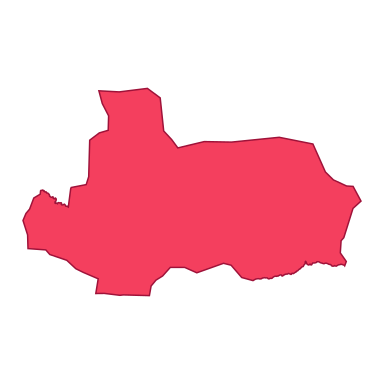 the district of Mandal, Selenge, Mongolia
{"feature_id": "93677404B74033139803686", "entity_name": "Mandal", "entity_type": "district", "adm_level": 2, "iso_a3": "MNG", "parent_name": "Mongolia", "parent_adm1": "Selenge", "projection": "albers", "projection_center": [107.085, 48.868], "detail": "fine", "context": "isolated", "style": "filled", "palette": "rose", "viewbox_px": 384, "rotation_deg": 0, "n_neighbors": 0, "source": "geoboundaries", "source_scale": "gbopen_adm2", "svg_char_len": 5513}
<svg xmlns="http://www.w3.org/2000/svg" viewBox="0 0 384 384"><path d="M253.0,280.6L254.2,279.9L254.9,279.5L255.4,279.2L255.8,279.1L256.2,279.0L256.9,278.8L257.4,278.8L257.9,278.7L258.3,278.7L258.6,278.7L258.9,278.7L259.4,278.9L259.7,278.9L260.1,278.9L260.5,278.9L260.8,278.8L261.4,278.7L261.6,278.7L261.9,278.4L262.2,278.2L262.9,277.9L263.3,277.9L263.6,277.9L263.9,277.8L264.2,277.7L264.4,277.7L264.7,277.7L264.9,277.7L265.4,277.9L265.7,277.9L265.9,277.9L266.6,277.8L267.2,277.9L267.5,278.0L267.8,278.4L268.0,278.6L268.5,278.8L269.0,278.9L269.5,278.7L269.8,278.5L270.3,278.4L270.6,278.3L270.8,278.3L271.1,278.4L271.5,278.4L271.9,278.3L272.2,278.1L272.4,277.9L273.0,277.3L273.3,277.1L273.7,276.8L274.3,276.5L274.9,276.3L275.2,276.2L275.6,276.2L275.8,276.2L276.1,276.3L276.4,276.3L276.7,276.3L277.0,276.1L277.4,276.1L277.5,276.1L277.8,276.1L278.1,276.1L278.5,275.7L279.0,275.5L279.4,275.4L279.6,275.3L279.8,275.1L280.2,274.9L280.4,274.9L280.7,274.9L281.1,274.9L281.3,275.0L281.6,275.4L281.7,275.6L281.8,275.8L282.0,276.0L282.4,276.0L282.6,276.0L282.8,275.9L283.1,275.5L283.2,275.3L283.4,275.3L283.6,275.1L283.8,275.1L284.1,275.0L284.2,274.9L284.4,274.8L284.5,274.6L284.9,274.5L285.1,274.4L285.3,274.4L285.6,274.2L286.0,274.1L286.5,274.1L287.3,274.1L287.7,273.9L287.9,273.7L288.2,273.6L288.4,273.5L288.5,273.5L288.8,273.5L289.2,273.7L289.6,273.9L290.1,273.9L290.3,274.0L290.6,274.2L290.8,274.4L291.1,274.4L291.3,274.3L291.5,274.1L291.7,273.8L291.8,273.5L291.9,273.4L292.1,273.3L292.4,273.3L293.0,273.5L293.3,273.6L293.5,273.5L293.7,273.4L293.9,273.3L294.1,273.1L294.4,272.9L294.6,272.8L295.1,272.4L295.6,272.2L295.8,272.2L295.9,271.8L296.1,271.6L296.5,271.5L296.6,271.4L296.7,271.2L296.9,271.0L297.1,271.0L297.4,270.9L297.6,270.8L297.8,270.7L298.0,270.5L298.3,270.1L298.5,269.9L298.7,269.7L299.4,269.1L299.7,269.1L300.1,268.7L300.4,268.6L300.5,268.4L300.9,268.0L301.0,267.8L301.4,267.5L301.9,267.0L302.2,266.8L302.5,266.7L302.9,266.6L303.2,266.5L303.4,266.2L303.6,265.6L303.8,265.2L304.1,264.9L304.7,264.2L305.0,263.8L305.2,263.5L305.3,263.1L305.2,262.5L305.2,262.1L305.3,261.7L305.6,261.4L306.1,261.9L306.3,262.4L306.5,263.0L306.7,263.6L306.9,263.9L307.3,264.4L307.7,264.6L308.1,264.8L308.5,264.9L308.8,265.0L309.2,264.8L309.5,264.5L309.7,264.3L309.8,264.2L310.0,264.1L310.3,264.3L310.5,264.7L310.7,264.8L311.0,264.9L311.3,264.9L311.6,264.8L311.8,264.6L312.0,264.2L312.1,263.8L312.2,263.7L312.6,263.1L312.8,263.1L313.5,263.0L314.2,263.0L314.8,262.9L315.4,262.8L315.8,262.7L316.3,262.5L316.5,262.3L316.8,261.8L317.3,261.7L317.6,261.7L317.7,261.8L317.9,261.8L318.3,261.7L319.1,261.9L319.4,262.0L319.7,262.2L320.1,262.6L320.7,262.8L321.4,263.0L322.2,263.2L322.7,263.4L323.2,263.6L324.1,263.7L324.7,263.4L325.2,263.2L325.8,263.2L326.3,263.2L326.7,263.3L327.2,263.5L327.7,263.7L328.1,263.9L328.9,264.3L329.2,264.4L330.2,264.5L330.4,264.5L330.7,264.6L330.9,264.8L331.1,265.1L331.4,265.6L331.7,265.8L332.0,266.0L332.4,266.1L332.9,266.2L333.4,266.1L333.7,266.1L334.4,265.9L334.6,265.7L334.7,265.8L334.8,265.8L335.1,265.9L335.6,266.0L336.0,266.1L336.4,266.1L336.7,265.9L337.0,265.7L337.3,265.5L338.0,265.1L338.7,264.7L339.6,264.7L340.0,264.6L340.4,264.5L340.6,264.3L341.2,264.3L341.3,264.4L341.5,264.4L342.0,264.4L343.2,264.9L343.5,265.0L344.1,265.2L344.5,265.5L344.7,265.8L346.3,261.5L340.3,252.9L341.1,240.7L343.8,237.7L353.0,208.4L361.0,201.1L353.1,186.4L346.6,186.0L333.4,179.9L325.4,172.0L312.9,144.0L279.2,137.3L231.5,142.1L204.2,141.6L177.8,147.9L171.7,139.6L163.7,131.0L160.2,97.9L147.4,88.4L119.2,91.9L98.9,90.8L102.3,103.6L108.6,115.8L108.2,130.3L99.3,132.9L89.7,140.2L88.7,176.7L86.2,184.6L71.2,187.5L70.7,188.7L68.3,207.1L68.1,207.0L68.0,206.9L68.0,206.7L67.9,206.6L67.7,206.3L67.5,206.2L67.2,206.2L67.1,206.3L66.7,206.3L66.3,206.3L65.8,206.2L65.6,206.0L65.6,205.8L65.4,205.2L65.2,205.0L64.7,204.5L64.5,204.2L64.3,204.2L64.2,204.2L64.0,204.3L63.2,204.8L62.6,204.9L62.0,204.9L61.7,204.8L61.5,204.6L61.3,204.4L61.4,204.2L61.6,203.9L61.6,203.7L61.6,203.4L61.4,203.0L61.2,202.8L61.0,202.7L60.5,202.8L60.0,203.0L59.6,202.9L58.9,202.6L58.4,202.6L58.0,202.8L57.8,203.0L57.7,203.2L57.6,203.7L57.4,203.8L57.3,203.7L56.8,203.2L56.4,203.0L56.2,203.0L55.9,203.2L55.7,203.4L55.3,203.3L55.4,203.1L55.4,202.7L55.2,202.5L55.0,202.3L55.0,202.0L55.1,201.8L55.8,201.2L56.2,199.9L56.2,199.1L56.0,198.6L55.7,198.3L55.6,198.2L55.4,198.1L55.2,198.0L54.9,198.3L54.8,198.5L54.8,198.8L54.6,198.8L54.3,198.7L53.5,198.5L53.3,198.3L53.2,198.1L53.2,197.8L53.2,197.4L53.1,197.1L53.0,196.9L52.9,196.8L52.7,196.8L52.4,197.0L52.1,197.1L51.7,197.3L51.3,197.3L51.1,197.2L50.9,197.1L50.6,196.9L49.8,196.4L49.6,196.2L49.6,195.8L49.7,195.7L49.6,195.4L49.5,195.2L49.4,195.0L49.3,194.9L49.2,194.8L49.2,194.6L49.2,194.4L49.1,194.2L48.7,194.1L48.5,193.9L48.3,193.6L48.2,193.4L48.0,193.2L47.8,193.1L47.0,193.0L46.8,193.0L46.7,192.8L46.5,192.7L46.4,192.4L46.4,192.2L46.2,192.0L46.1,191.9L45.5,192.0L45.3,191.9L45.1,191.7L44.9,191.7L44.6,191.7L44.3,191.6L44.2,191.5L44.1,191.4L44.2,191.2L44.2,190.9L44.1,190.7L43.9,190.6L43.5,190.7L43.3,190.6L43.1,190.3L42.9,190.1L42.5,190.1L42.3,190.1L42.2,190.3L41.6,190.4L41.3,190.5L41.0,190.4L40.8,190.5L40.6,190.8L40.5,191.0L40.5,191.5L40.2,194.2L33.8,198.0L29.6,209.1L26.0,213.4L23.0,220.5L27.6,234.9L28.0,248.6L45.8,249.9L49.8,254.5L66.8,260.3L75.8,268.7L83.3,272.4L98.2,278.8L95.8,293.5L104.3,293.4L119.9,295.3L123.3,294.9L149.4,295.6L151.1,286.0L156.0,280.1L162.6,276.0L170.3,267.4L184.7,267.4L196.8,272.8L223.5,263.3L231.1,265.2L241.7,277.5L253.0,280.6Z" fill="#f43f5e" stroke="#9f1239" stroke-width="1.5"/></svg>